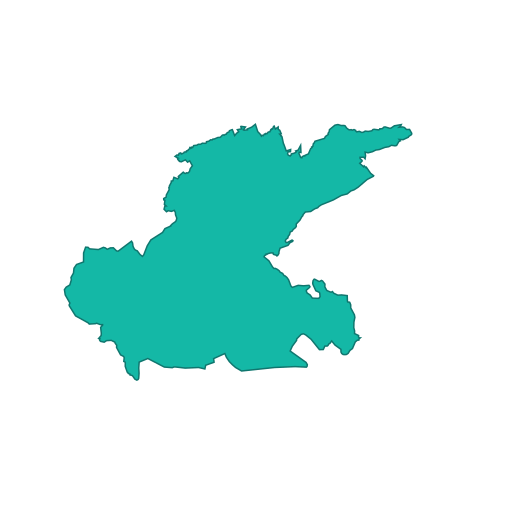 Tolimán, Jalisco, Mexico (Natural Earth projection), rotated 337°
{"feature_id": "50627088B84573477365023", "entity_name": "Tolimán", "entity_type": "district", "adm_level": 2, "iso_a3": "MEX", "parent_name": "Mexico", "parent_adm1": "Jalisco", "projection": "natural_earth1", "projection_center": [-103.885, 19.545], "detail": "fine", "context": "isolated", "style": "filled", "palette": "teal", "viewbox_px": 512, "rotation_deg": 337, "n_neighbors": 0, "source": "geoboundaries", "source_scale": "gbopen_adm2", "svg_char_len": 6106}
<svg xmlns="http://www.w3.org/2000/svg" viewBox="0 0 512 512"><g transform="rotate(337 256 256)"><path d="M319.9,372.1L319.1,371.8L318.7,370.5L319.4,369.3L316.4,365.9L317.5,363.5L318.0,360.2L320.3,355.1L323.0,351.2L323.6,348.6L322.9,340.8L324.1,338.0L324.2,335.8L324.1,335.1L322.5,334.2L322.5,333.3L324.5,328.1L319.6,325.3L316.0,324.0L312.9,320.5L312.5,318.6L310.9,318.7L307.7,315.4L307.3,311.3L308.5,308.8L307.5,305.0L306.6,304.0L305.1,304.3L303.9,303.9L300.9,300.2L300.3,300.1L298.9,301.0L297.6,303.1L297.3,304.5L297.5,311.4L300.0,314.1L300.2,315.0L299.1,318.5L297.2,319.5L291.4,316.8L290.6,313.0L288.6,310.0L288.6,308.1L288.9,307.2L293.2,305.8L293.7,305.2L293.3,303.7L288.1,302.0L283.4,299.5L277.2,299.1L276.4,297.2L276.7,290.7L276.1,287.9L275.1,285.8L274.2,285.1L273.7,282.4L271.9,280.3L271.6,278.7L270.4,276.6L268.9,274.9L267.6,274.5L266.9,272.4L266.0,265.5L263.1,260.0L263.3,259.6L264.3,258.9L265.5,258.9L266.1,258.2L267.0,258.7L268.2,258.5L271.1,259.0L272.9,260.0L272.7,261.3L275.2,263.4L275.3,264.1L276.3,263.9L278.0,262.7L278.9,260.9L281.2,258.2L289.6,258.7L292.6,257.0L295.4,256.9L296.0,256.3L295.4,255.4L290.4,255.8L289.0,255.4L288.8,253.6L290.3,252.3L292.3,251.9L293.4,250.4L295.3,249.4L296.8,247.3L299.1,247.2L300.6,246.1L303.5,245.3L304.7,244.4L305.5,242.3L310.4,240.2L313.5,237.8L314.9,237.2L315.5,236.3L318.6,234.8L323.7,236.4L328.6,235.5L331.6,235.7L333.3,234.9L336.2,234.4L349.1,234.6L358.2,233.6L364.3,234.5L368.6,233.2L372.2,233.4L376.8,232.6L388.2,229.0L395.1,228.5L395.7,228.1L393.8,224.7L392.3,217.5L391.8,217.8L390.8,215.3L389.9,216.0L387.7,211.2L390.5,210.3L391.0,209.5L389.9,207.0L390.3,205.8L393.7,207.1L394.4,209.1L396.0,206.6L397.0,203.0L399.4,204.8L403.9,205.5L407.7,205.3L411.1,206.2L417.1,206.4L421.0,207.3L423.9,207.0L427.0,208.9L428.6,209.2L432.2,206.5L433.8,206.4L433.3,204.6L436.8,206.4L442.6,206.2L443.4,205.6L446.3,205.1L447.0,204.6L447.3,203.8L446.8,199.5L443.9,198.3L442.9,195.8L441.4,194.5L438.0,193.4L440.1,192.7L441.1,191.8L434.2,190.2L430.3,191.0L429.0,190.7L425.4,187.7L424.2,187.3L422.0,188.1L419.6,187.3L419.3,187.8L418.1,187.8L414.2,185.5L413.0,185.3L411.5,186.0L408.0,185.2L405.3,183.7L403.0,184.0L401.5,183.5L399.8,181.6L397.2,181.1L396.6,179.8L396.8,179.3L395.6,177.9L393.8,177.8L392.9,176.8L391.8,176.7L390.7,175.9L389.4,173.6L388.9,171.0L388.1,170.3L385.3,169.1L382.8,167.0L379.8,166.4L373.0,168.4L371.9,170.2L370.3,171.2L370.0,172.4L366.6,173.1L365.0,174.5L355.1,173.4L353.9,174.6L352.8,174.9L351.1,177.3L349.9,177.4L349.9,178.1L348.3,178.5L344.1,182.5L340.5,182.5L340.0,183.0L339.3,182.5L337.4,182.6L336.6,183.5L335.6,182.8L335.6,178.4L336.3,177.3L337.8,178.3L340.3,171.6L336.1,175.0L333.6,174.8L333.9,175.8L333.1,176.1L331.5,176.3L328.4,175.8L327.6,176.9L326.5,177.3L325.1,175.8L324.9,174.4L326.2,172.6L328.5,173.5L329.5,171.5L324.9,171.1L325.3,163.8L325.1,163.6L326.5,156.4L326.3,155.3L325.7,155.0L325.9,154.2L325.4,153.0L327.0,153.3L327.0,149.6L326.0,148.1L326.8,145.9L323.4,146.7L323.5,143.5L322.8,143.6L320.9,145.5L320.3,145.1L319.6,145.7L319.1,145.4L317.3,147.1L315.7,146.7L313.8,147.7L312.9,147.0L312.0,147.6L311.4,147.0L309.6,148.1L308.8,147.2L307.8,147.8L307.4,145.3L306.2,142.2L306.9,134.5L302.4,135.7L297.5,135.7L297.4,136.5L294.2,135.6L293.7,135.0L296.7,133.1L292.9,130.8L292.5,131.0L292.5,133.4L288.2,132.4L288.6,134.9L286.2,135.4L283.4,136.8L283.6,130.4L283.0,130.3L280.5,130.3L279.5,131.3L277.7,131.2L276.2,132.3L275.4,132.0L273.8,132.4L273.4,131.8L272.3,131.6L269.5,132.8L267.2,132.0L262.9,132.0L262.2,131.5L261.0,132.0L259.6,131.3L257.4,131.9L255.1,131.4L254.7,132.3L253.7,132.6L250.6,131.2L248.7,131.5L246.5,130.6L244.9,130.9L241.8,130.0L240.2,131.3L239.7,130.8L239.0,131.4L238.7,130.7L237.9,131.1L237.9,130.5L237.5,130.3L237.3,131.2L235.2,131.7L234.6,132.3L233.1,132.1L232.6,132.9L230.6,132.3L229.8,132.9L227.5,133.0L227.1,132.9L227.0,131.7L225.3,131.5L224.0,132.9L222.8,132.1L220.4,132.7L222.3,135.2L221.9,135.1L221.8,136.6L222.2,138.2L222.6,138.3L222.6,139.1L224.0,140.1L228.6,139.9L229.7,142.9L232.1,142.5L232.7,148.1L229.5,150.0L227.9,152.1L226.3,152.9L225.2,152.8L224.7,152.3L223.4,152.5L222.6,152.0L221.8,150.4L215.6,152.4L215.8,153.5L214.1,154.4L211.2,151.5L208.8,154.3L207.3,153.9L206.8,155.1L203.5,157.8L203.2,158.7L202.5,159.0L202.0,161.0L197.3,164.8L196.3,166.7L193.5,167.0L193.0,168.3L193.9,169.2L191.8,172.7L192.8,174.8L191.6,174.4L189.6,177.0L190.9,180.3L192.9,180.0L195.6,181.9L198.6,182.0L198.8,184.3L198.0,186.7L197.9,190.2L196.3,192.3L194.9,193.0L191.6,193.7L189.2,194.7L189.2,195.1L182.9,195.2L179.2,197.8L165.5,200.1L159.9,204.1L153.1,211.1L151.3,212.0L149.8,209.2L148.7,204.8L147.3,203.4L146.7,201.8L146.6,199.0L147.5,195.7L147.2,193.7L131.0,197.7L129.6,196.8L127.9,192.7L125.0,191.6L121.7,191.7L120.4,189.6L118.9,188.4L113.5,188.5L105.6,184.4L104.8,182.4L102.6,181.3L98.5,185.8L94.9,194.1L87.5,193.7L83.7,196.1L81.3,200.4L77.3,203.5L76.7,205.8L73.3,209.9L69.1,210.5L66.5,212.1L65.2,217.3L66.3,226.6L64.8,228.1L64.7,229.1L66.5,240.6L75.4,252.0L75.9,253.5L81.9,255.6L83.0,255.6L86.1,258.5L88.0,259.2L87.8,259.7L85.1,261.0L83.4,266.7L82.4,268.7L79.0,270.4L80.0,271.1L79.2,272.0L79.3,273.1L79.6,273.9L82.6,276.0L85.4,275.5L89.8,277.1L92.4,280.1L92.3,281.4L92.9,283.7L91.9,285.7L92.7,294.1L94.8,296.6L95.0,298.0L93.1,301.4L94.0,302.4L94.0,303.1L92.5,306.5L92.1,312.6L92.5,313.0L92.5,314.2L93.9,315.5L93.5,316.2L95.5,317.8L96.4,322.0L97.8,323.7L99.2,323.6L100.2,322.8L102.5,318.3L104.3,313.3L107.0,308.0L116.4,308.1L128.2,322.4L135.3,326.1L137.1,326.1L138.7,326.8L147.0,331.5L159.6,336.2L164.8,340.0L167.0,336.9L175.9,337.4L176.9,333.9L189.2,333.6L189.2,337.7L190.2,342.8L191.8,346.9L193.6,350.6L197.8,356.2L229.6,365.9L248.8,373.1L259.0,378.0L259.9,377.5L260.8,376.1L260.5,373.5L250.3,356.8L254.2,353.2L260.3,349.6L261.1,348.2L266.9,345.8L269.2,346.1L270.9,348.0L274.2,354.2L277.8,367.0L281.4,368.4L284.2,365.8L286.3,366.7L287.3,366.5L288.4,365.5L289.9,365.3L292.5,363.8L293.9,368.8L297.7,375.1L296.7,377.6L296.8,379.2L297.7,380.7L299.4,381.6L300.9,382.0L302.8,381.6L305.6,379.6L308.6,378.9L313.8,373.9L316.4,373.1L317.8,373.6L318.3,372.7L319.9,372.1Z" fill="#14b8a6" stroke="#0f766e" stroke-width="1.5"/></g></svg>